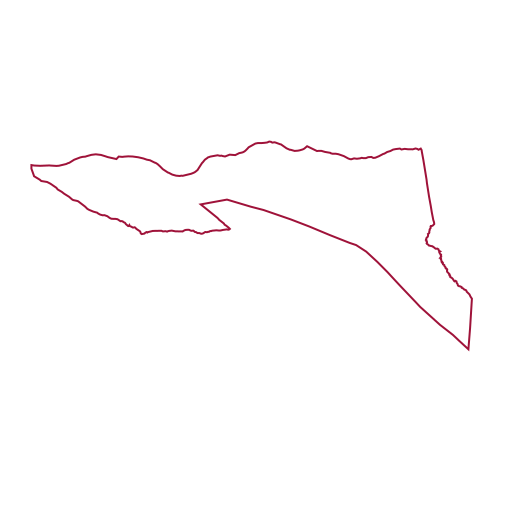 Bomongo, Équateur, Democratic Republic of the Congo, rotated 79°
{"feature_id": "63176286B36806520086654", "entity_name": "Bomongo", "entity_type": "district", "adm_level": 2, "iso_a3": "COD", "parent_name": "Democratic Republic of the Congo", "parent_adm1": "Équateur", "projection": "albers", "projection_center": [18.302, 0.781], "detail": "fine", "context": "isolated", "style": "outline", "palette": "rose", "viewbox_px": 512, "rotation_deg": 79, "n_neighbors": 0, "source": "geoboundaries", "source_scale": "gbopen_adm2", "svg_char_len": 4764}
<svg xmlns="http://www.w3.org/2000/svg" viewBox="0 0 512 512"><g transform="rotate(79 256 256)"><path d="M184.2,402.8L185.6,401.1L186.8,398.7L187.0,397.0L188.6,394.3L190.7,392.4L191.6,391.2L192.0,390.4L192.7,387.0L193.5,384.9L196.0,382.4L196.1,381.2L196.6,380.2L197.5,379.6L197.8,379.1L198.1,378.6L198.7,378.1L199.8,377.7L201.7,376.2L202.2,375.8L202.3,375.4L201.6,374.5L202.3,374.5L203.5,372.7L204.5,371.6L204.7,370.7L204.6,369.9L205.0,369.2L206.5,368.3L209.6,365.2L210.4,364.9L211.8,364.8L212.7,364.0L212.7,361.2L212.1,360.4L211.6,358.9L211.7,358.6L211.8,358.4L212.2,358.2L211.9,357.2L211.9,356.6L211.7,352.5L213.2,344.0L214.1,342.7L214.4,340.0L215.1,338.6L214.9,338.1L214.8,336.4L215.0,333.9L216.4,330.4L217.9,323.3L217.7,323.0L217.1,321.1L217.0,319.7L217.2,318.4L217.4,317.1L217.7,316.4L218.5,315.5L219.0,314.4L219.1,312.8L219.5,312.3L220.6,311.6L221.2,310.2L222.3,309.1L222.7,307.2L223.6,305.8L223.8,304.8L223.7,303.7L223.4,302.9L222.8,301.4L222.8,301.0L222.9,300.7L223.3,299.6L223.1,298.3L223.3,297.7L222.8,296.3L223.0,295.2L222.8,294.3L223.1,291.1L223.2,290.0L224.0,287.3L224.2,285.8L224.1,283.6L224.3,279.6L224.9,278.3L224.8,277.2L224.4,276.5L223.3,277.2L222.9,277.5L220.4,279.6L219.8,280.3L219.2,280.9L218.0,281.3L213.4,285.3L212.8,285.6L212.6,285.7L211.2,286.6L194.8,300.4L195.1,273.7L206.6,251.7L212.3,239.8L226.7,214.9L237.2,198.1L249.5,179.6L261.0,161.6L264.4,155.6L272.7,147.0L285.1,137.9L296.9,130.0L305.5,124.7L313.2,119.9L330.4,108.9L337.4,104.5L358.7,88.5L371.1,77.7L377.8,72.9L388.1,65.3L367.6,59.6L339.1,52.2L336.8,53.2L335.2,53.6L334.4,53.8L331.2,56.0L329.9,56.2L329.3,56.8L328.8,57.9L327.5,58.7L326.5,60.1L325.7,60.1L324.8,61.3L324.4,62.4L323.5,63.4L321.9,63.5L320.8,64.1L319.2,64.1L318.4,65.0L318.8,65.9L318.5,66.2L315.8,67.3L314.7,68.1L313.8,69.3L312.6,69.2L312.1,69.8L311.2,69.9L310.9,69.5L309.4,70.4L308.4,71.1L307.8,71.4L306.8,71.3L306.0,70.9L305.5,70.9L304.6,71.5L304.6,71.9L304.2,72.2L303.0,72.2L302.3,72.7L302.0,72.9L300.8,72.9L299.9,74.0L299.1,74.1L298.5,73.8L298.0,74.1L297.8,74.8L297.3,74.9L297.0,74.5L296.4,74.9L295.0,74.9L294.6,75.2L293.6,74.8L293.1,75.6L292.6,74.9L292.1,74.8L291.5,74.2L290.8,74.5L290.3,74.3L289.9,74.1L289.5,74.6L288.8,75.0L287.2,75.4L286.9,75.2L286.6,74.4L285.7,75.5L284.3,75.6L283.4,76.5L283.2,78.1L282.8,78.6L280.7,80.3L280.5,80.8L280.1,81.0L279.5,82.5L278.6,84.4L277.8,84.7L277.1,85.5L276.8,85.8L276.1,86.1L275.3,85.5L274.6,85.5L274.1,85.9L273.2,85.6L272.9,86.0L272.7,86.2L270.7,85.1L270.0,84.0L269.9,83.8L269.3,83.4L267.7,82.9L267.2,83.0L266.6,81.8L266.1,81.4L264.8,81.2L264.1,80.7L263.1,80.5L261.8,79.2L260.3,79.0L259.9,78.6L260.1,77.7L259.8,76.6L258.7,75.0L258.3,74.9L256.8,74.8L254.4,75.1L250.8,75.1L246.7,75.1L240.3,74.9L230.8,74.8L217.2,74.3L213.4,74.0L193.9,73.4L184.5,73.3L183.7,73.2L183.5,73.3L182.0,73.8L182.7,76.2L181.7,77.2L180.9,78.9L181.2,81.8L180.8,83.4L180.3,86.2L179.2,89.6L179.2,92.9L178.0,94.3L177.7,98.5L177.7,101.1L178.6,104.1L178.9,107.0L178.9,107.3L180.0,110.4L180.1,111.7L181.5,116.3L182.3,120.2L182.1,122.2L180.8,123.8L180.4,127.0L180.9,129.5L180.4,132.0L179.8,133.5L180.0,135.1L179.8,138.4L178.9,141.1L179.2,144.0L178.9,145.1L178.0,146.7L174.7,150.7L173.3,153.1L172.6,154.3L171.8,155.7L170.9,158.0L170.6,159.3L170.2,161.4L169.4,163.0L168.9,163.4L167.0,168.4L165.3,171.7L164.7,174.8L164.6,176.1L158.0,184.9L159.8,188.1L160.3,189.8L160.6,193.0L160.6,194.8L160.3,197.4L160.2,198.1L158.3,201.8L158.2,202.5L156.1,205.5L151.2,210.2L150.9,211.0L148.4,215.1L147.9,216.2L147.8,218.4L146.8,219.5L146.2,221.2L146.7,223.4L146.5,226.3L146.2,229.0L145.5,232.7L145.5,235.2L147.9,242.5L149.0,243.9L150.6,246.3L151.2,247.5L151.7,249.2L151.8,250.9L151.8,252.8L153.0,257.1L151.5,262.5L152.4,267.4L151.5,269.7L150.9,270.7L150.8,272.2L149.8,274.5L149.7,281.8L150.1,284.5L150.5,285.1L151.7,287.8L153.9,290.4L154.5,291.3L159.4,296.0L160.4,296.9L161.8,299.5L162.1,300.3L162.4,301.3L162.9,303.9L163.3,312.7L162.9,313.9L162.9,315.6L161.9,319.1L160.1,322.7L157.7,325.7L157.2,326.6L153.0,330.9L149.7,333.1L147.0,335.1L145.4,336.8L145.1,337.5L141.8,341.8L140.6,344.8L138.9,347.7L138.6,348.3L136.6,352.8L134.8,358.1L133.8,362.4L133.3,366.6L133.3,366.8L133.2,368.3L132.2,371.8L134.2,374.5L130.6,382.7L129.4,384.8L127.2,388.9L125.6,393.9L125.3,398.3L125.7,403.1L125.9,404.6L125.6,407.3L125.7,409.8L126.8,416.1L128.7,421.0L128.9,421.7L129.0,422.8L129.5,424.9L129.8,432.2L129.5,434.7L128.0,440.5L127.7,441.4L126.3,450.6L124.9,456.4L123.9,459.1L127.4,459.8L133.9,458.8L135.4,458.6L139.8,453.7L141.4,452.5L143.5,446.9L145.8,444.0L146.1,443.7L151.0,438.9L152.8,438.0L156.0,434.4L158.3,432.4L159.6,431.0L162.2,428.2L165.3,425.8L166.2,424.8L167.7,421.3L168.4,420.1L172.0,416.9L174.7,414.5L176.7,413.1L177.4,412.7L178.8,411.1L181.4,407.2L183.2,403.6L184.2,402.8Z" fill="none" stroke="#9f1239" stroke-width="2"/></g></svg>